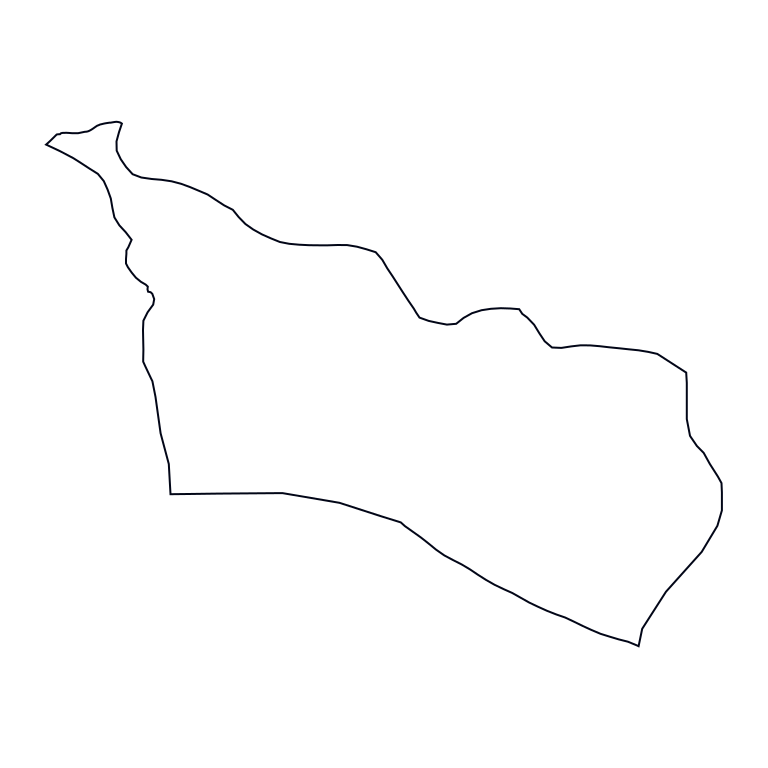 the district of Al Malah, Lahij, Yemen
{"feature_id": "15242507B86745983179930", "entity_name": "Al Malah", "entity_type": "district", "adm_level": 2, "iso_a3": "YEM", "parent_name": "Yemen", "parent_adm1": "Lahij", "projection": "mercator", "projection_center": [44.861, 13.381], "detail": "fine", "context": "isolated", "style": "outline", "palette": "ink", "viewbox_px": 768, "rotation_deg": 0, "n_neighbors": 0, "source": "geoboundaries", "source_scale": "gbopen_adm2", "svg_char_len": 2709}
<svg xmlns="http://www.w3.org/2000/svg" viewBox="0 0 768 768"><path d="M686.2,372.6L676.0,366.0L657.3,353.9L648.3,351.9L638.6,350.3L628.7,349.3L619.4,348.3L609.3,347.3L599.7,346.2L590.1,345.4L580.7,345.3L571.2,346.4L561.4,347.9L552.0,347.5L544.7,341.3L539.5,333.5L534.1,324.7L527.2,317.5L522.3,313.9L519.2,309.2L510.3,308.5L500.8,308.2L490.9,308.8L481.6,310.2L472.0,313.2L463.6,317.9L456.2,323.8L446.9,324.6L437.9,322.9L428.7,320.9L419.5,317.6L416.2,312.7L413.8,308.6L408.3,300.6L402.8,292.2L397.6,284.1L392.6,276.3L387.3,268.4L382.3,259.8L375.7,252.2L366.5,249.3L357.0,246.7L347.3,245.1L337.7,245.0L328.3,245.3L318.6,245.3L309.2,245.2L299.1,244.7L289.2,243.8L279.9,242.0L271.0,238.4L262.0,234.4L253.2,229.5L245.4,224.0L238.7,217.1L232.8,209.8L224.2,205.4L215.9,200.0L207.6,194.5L198.9,190.8L190.1,187.1L181.1,183.8L171.6,181.3L161.5,179.8L151.8,179.0L141.3,177.5L132.6,174.2L126.1,167.0L120.8,159.3L116.7,150.7L116.5,141.4L119.0,132.2L121.9,123.6L120.6,122.7L119.1,122.2L118.1,122.0L116.7,121.8L115.2,121.9L112.7,122.3L112.2,122.4L110.4,122.7L109.4,122.7L108.0,122.9L106.7,123.1L104.9,123.4L103.5,123.7L101.5,124.2L100.1,124.5L98.6,125.2L97.2,125.7L96.0,126.5L94.7,127.4L93.3,128.4L91.8,129.4L90.6,130.1L89.3,130.8L87.8,131.4L86.3,131.7L84.8,131.8L82.9,132.2L78.1,133.2L76.9,133.2L76.3,133.2L74.7,133.2L73.1,133.2L72.8,133.2L72.2,133.2L68.3,132.9L66.4,132.8L62.6,132.9L61.1,133.2L60.5,133.7L60.0,134.2L57.9,134.3L56.7,134.5L49.9,141.2L46.1,144.6L60.1,151.2L73.4,158.2L81.4,163.3L89.5,168.6L97.9,173.9L103.8,181.1L107.6,189.6L110.8,198.5L112.4,207.9L114.4,217.4L119.4,225.4L125.7,232.2L131.6,239.8L128.3,247.3L126.4,250.5L126.4,253.8L126.0,259.0L126.0,263.5L127.9,267.2L130.7,271.2L131.7,272.6L135.9,277.7L140.9,281.8L145.7,284.6L147.8,286.6L147.5,289.3L148.1,291.7L150.6,292.2L152.3,293.8L154.2,299.1L153.2,304.6L147.6,312.3L143.4,320.7L143.0,330.0L143.2,340.0L143.4,349.6L143.2,359.6L143.2,361.7L145.2,366.1L151.3,379.0L152.4,381.2L155.5,396.9L160.6,433.3L168.8,464.0L170.5,494.2L188.4,494.0L210.6,493.7L218.4,493.6L282.4,493.1L339.4,502.8L380.6,516.1L400.8,522.4L404.9,526.1L412.5,531.5L420.8,537.4L428.3,543.3L436.0,549.6L444.3,555.4L453.1,560.1L461.6,564.4L470.0,569.4L477.7,574.6L486.0,579.9L494.6,584.8L503.8,589.2L512.3,593.0L520.8,597.8L529.1,602.5L537.9,606.7L547.0,610.8L556.4,614.5L565.1,617.5L573.6,621.5L582.8,626.0L591.3,629.9L600.5,633.8L609.8,636.7L618.8,639.4L627.9,641.7L628.4,641.9L636.9,645.4L638.6,646.2L642.2,628.8L666.0,591.7L701.7,551.9L717.4,525.8L721.9,510.4L721.9,500.6L721.9,492.4L721.5,483.1L717.9,476.6L709.8,463.9L703.7,452.9L696.9,446.0L690.9,437.2L690.0,435.8L686.8,419.1L686.8,406.9L686.8,390.6L686.8,382.9L686.2,372.6Z" fill="none" stroke="#020617" stroke-width="2"/></svg>